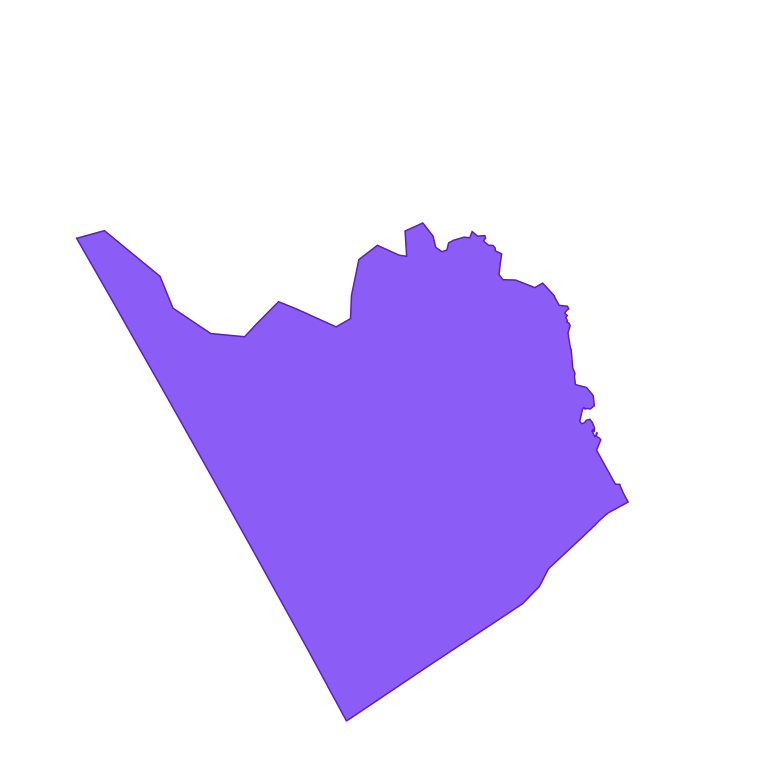 Soudari, North Kordufan, Sudan, rotated 241°
{"feature_id": "16777658B52132204049815", "entity_name": "Soudari", "entity_type": "district", "adm_level": 2, "iso_a3": "SDN", "parent_name": "Sudan", "parent_adm1": "North Kordufan", "projection": "orthographic", "projection_center": [27.862, 15.17], "detail": "fine", "context": "isolated", "style": "filled", "palette": "violet", "viewbox_px": 768, "rotation_deg": 241, "n_neighbors": 0, "source": "geoboundaries", "source_scale": "gbopen_adm2", "svg_char_len": 4851}
<svg xmlns="http://www.w3.org/2000/svg" viewBox="0 0 768 768"><g transform="rotate(241 384 384)"><path d="M343.8,188.6L289.3,188.7L184.2,188.6L175.3,188.5L172.5,188.5L160.9,188.4L155.7,188.3L151.1,188.3L147.0,188.2L137.8,188.1L129.9,188.1L127.6,188.0L127.3,188.0L124.3,188.0L115.5,187.9L112.4,187.9L111.8,187.9L111.1,187.9L110.1,187.9L109.4,187.8L108.8,187.8L108.3,187.8L108.0,187.8L107.7,187.8L107.5,188.2L107.5,188.5L107.5,188.8L107.6,189.9L107.7,190.8L107.7,191.4L107.9,193.4L107.9,193.6L107.9,193.8L108.0,194.6L108.3,197.8L108.3,198.2L108.3,198.3L108.6,201.3L108.9,205.0L109.1,207.0L109.1,207.5L109.3,209.8L110.0,218.0L111.0,230.1L111.3,233.1L113.4,257.2L116.0,288.2L116.7,297.1L117.9,312.1L121.3,356.8L123.3,382.0L123.7,387.4L123.8,388.5L123.9,389.1L123.9,389.3L124.0,390.1L124.1,391.6L124.2,393.6L124.3,393.7L124.4,395.3L124.5,397.1L124.6,398.5L125.3,400.8L126.8,405.9L127.8,409.1L128.4,411.1L128.9,412.8L129.1,413.4L130.1,416.9L130.4,417.7L130.5,418.2L130.5,418.3L130.6,418.5L130.8,419.3L131.0,420.0L131.1,420.3L131.4,421.3L131.5,421.6L132.0,422.3L133.0,423.8L133.5,424.6L134.6,426.3L135.2,427.2L135.5,427.6L136.4,428.9L137.0,429.8L137.1,430.0L137.9,431.1L138.1,431.5L138.5,432.2L138.9,432.7L139.2,433.2L139.4,433.5L139.8,434.0L140.7,435.4L141.4,436.5L141.5,436.5L142.3,437.8L142.6,438.3L142.8,439.1L143.1,440.0L143.7,442.5L143.9,443.4L144.9,447.3L146.1,452.0L146.3,453.1L146.4,453.4L146.9,455.2L147.0,455.6L147.7,458.5L148.1,460.0L148.5,461.8L148.8,462.7L148.8,462.8L150.4,469.1L150.8,470.9L152.2,476.4L153.1,480.0L154.2,484.3L154.8,486.7L156.1,491.7L157.1,495.7L157.5,497.0L158.2,499.8L158.2,500.0L158.9,502.0L159.0,502.3L159.7,504.8L159.8,504.9L160.2,506.4L160.3,506.8L160.5,507.9L160.7,508.5L160.9,509.6L161.0,509.7L161.2,510.7L161.4,511.7L161.5,511.9L161.8,513.1L161.8,513.4L161.8,513.5L162.1,514.5L162.1,515.4L162.1,515.7L162.1,515.8L162.2,516.1L162.3,516.4L162.5,517.2L162.6,517.7L162.6,517.9L162.6,518.0L162.6,518.4L162.6,519.3L162.6,520.6L162.6,521.5L162.6,522.7L162.6,522.8L162.5,525.4L162.5,526.1L162.5,526.6L162.5,527.6L162.5,528.8L162.5,529.2L162.5,529.5L162.5,530.1L162.5,531.6L162.4,533.4L162.4,534.0L162.4,535.4L162.4,537.3L162.4,537.6L162.4,538.6L162.4,540.1L162.4,540.3L168.3,540.4L168.5,540.4L169.0,540.4L172.6,540.5L173.3,540.5L173.5,540.5L173.8,540.6L175.4,540.7L175.6,540.7L175.8,540.7L176.0,540.8L176.5,540.8L177.3,540.9L178.3,541.0L178.6,541.0L180.8,541.4L181.9,541.6L184.2,537.8L185.3,537.8L186.0,537.8L189.2,537.8L190.5,537.8L192.6,537.8L193.4,537.8L198.8,537.8L199.3,537.8L201.3,537.8L202.1,537.8L204.4,537.8L206.7,537.8L208.1,537.8L214.4,537.8L220.3,537.8L221.3,537.8L222.7,537.8L223.0,537.8L224.9,540.1L225.6,541.0L228.2,544.2L230.2,546.6L232.1,546.2L234.1,545.0L235.4,544.5L237.0,545.8L237.2,546.1L237.5,546.5L238.0,546.6L238.2,546.2L237.8,545.8L237.4,545.5L237.0,545.1L236.7,544.8L235.7,543.4L235.7,543.2L235.7,542.9L242.1,543.1L242.7,544.2L242.8,544.3L242.9,544.7L242.9,544.9L242.5,545.1L241.4,544.8L240.8,544.2L240.7,544.6L240.6,544.8L241.0,545.0L241.9,545.9L243.7,546.9L249.3,547.6L249.8,547.5L253.3,547.0L254.2,543.4L254.2,543.2L253.1,541.3L253.1,541.2L253.1,540.8L253.1,540.5L253.0,540.1L253.0,539.8L253.0,539.6L253.2,538.9L253.4,538.2L253.5,537.7L255.4,537.2L256.8,537.3L257.0,537.5L257.6,538.2L257.7,538.4L258.4,538.9L259.3,539.7L260.6,540.9L261.1,541.3L261.7,541.9L261.9,542.0L262.0,542.1L265.0,544.7L265.3,544.9L265.5,545.3L265.9,545.9L266.3,546.7L266.4,546.8L266.2,547.6L265.4,547.7L264.9,547.6L264.5,547.9L264.5,548.4L264.4,549.1L264.3,549.5L263.7,550.4L262.9,551.4L262.8,551.5L262.2,552.2L262.6,555.0L262.9,557.1L263.0,557.4L264.4,558.0L264.6,558.1L272.5,561.4L282.8,559.4L286.3,555.7L287.7,554.2L290.7,551.2L298.2,554.2L299.2,555.0L300.7,556.2L306.1,556.8L306.5,556.8L310.6,558.7L311.2,558.9L319.3,562.6L319.6,562.7L323.5,564.5L324.9,564.5L325.0,564.5L326.9,565.1L329.6,566.1L333.8,567.6L335.3,568.1L337.5,569.0L338.5,569.3L339.5,569.7L344.9,575.2L346.9,575.2L347.9,575.2L349.3,574.0L349.9,574.1L350.5,575.2L354.0,575.2L355.0,577.6L356.8,576.8L358.1,576.6L358.7,577.0L359.9,579.8L360.1,581.2L360.2,582.0L363.1,582.2L365.6,578.6L367.9,575.4L373.9,575.4L377.7,575.4L377.8,575.4L377.8,575.6L378.2,575.8L395.3,571.7L395.2,562.6L411.1,549.5L417.6,538.6L423.9,537.6L434.5,545.2L440.7,550.0L446.4,546.0L449.2,547.2L452.4,546.5L454.7,542.7L460.8,540.3L462.3,543.5L464.9,544.1L466.3,541.3L467.8,537.6L474.6,535.0L470.3,529.9L473.6,525.3L476.0,514.6L476.1,508.9L470.7,504.0L471.6,498.9L478.4,495.5L489.5,498.6L506.0,496.0L507.6,476.6L484.7,465.7L489.4,459.6L508.5,445.5L505.0,422.3L477.1,398.4L457.4,386.4L457.2,369.8L492.0,343.9L507.1,331.7L498.1,300.8L492.9,285.0L512.2,256.9L552.6,236.2L586.7,240.3L653.7,213.8L656.6,201.7L658.2,195.0L660.3,186.4L660.4,186.1L660.5,185.8L660.4,185.8L588.5,186.8L543.4,187.2L474.4,187.9L441.5,188.1L343.8,188.6Z" fill="#8b5cf6" stroke="#5b21b6" stroke-width="1.5"/></g></svg>